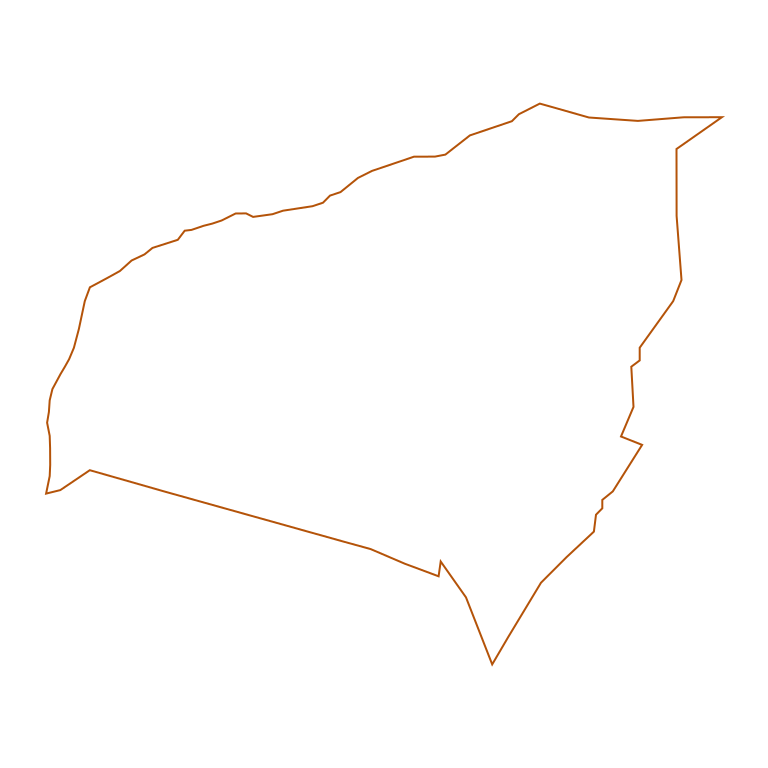 the district of Guaymallén, Mendoza, Argentina
{"feature_id": "61730980B57963533011884", "entity_name": "Guaymallén", "entity_type": "district", "adm_level": 2, "iso_a3": "ARG", "parent_name": "Argentina", "parent_adm1": "Mendoza", "projection": "albers", "projection_center": [-68.746, -32.899], "detail": "fine", "context": "isolated", "style": "outline", "palette": "amber", "viewbox_px": 768, "rotation_deg": 0, "n_neighbors": 0, "source": "geoboundaries", "source_scale": "gbopen_adm2", "svg_char_len": 1093}
<svg xmlns="http://www.w3.org/2000/svg" viewBox="0 0 768 768"><path d="M549.8,106.4L539.8,103.6L518.9,114.2L511.9,121.2L490.9,128.3L469.9,135.4L452.9,148.7L445.4,154.6L435.0,156.6L413.9,156.7L393.0,163.8L372.0,170.9L358.0,177.9L340.5,192.1L330.0,195.6L323.0,202.7L312.5,206.2L283.0,210.7L272.5,214.2L253.1,216.9L246.1,213.4L235.6,213.5L221.6,220.5L212.3,223.6L203.6,225.8L191.5,229.9L184.7,230.7L177.8,239.8L152.5,247.9L144.5,254.4L131.6,260.5L119.9,271.0L107.1,278.1L89.9,287.3L84.8,301.1L78.9,328.9L73.9,347.8L69.1,359.2L64.9,366.7L60.6,373.9L52.4,389.1L49.7,400.3L48.9,412.0L47.1,422.7L49.7,435.9L50.1,448.2L50.2,464.9L49.7,476.1L46.1,493.6L60.3,490.1L89.8,470.2L163.7,491.3L343.5,541.6L370.7,549.1L405.0,563.8L438.6,576.3L440.7,561.5L466.0,597.4L492.2,664.4L508.3,636.9L541.0,582.7L566.7,557.0L593.9,531.6L596.0,514.7L602.3,508.3L602.3,499.9L612.8,491.4L642.1,444.9L621.0,436.5L633.5,406.9L631.3,366.7L639.7,360.4L639.7,347.7L673.2,301.1L681.5,280.0L676.6,215.9L676.5,149.0L721.9,117.2L683.4,117.3L637.9,120.9L588.9,117.5L549.8,106.4Z" fill="none" stroke="#b45309" stroke-width="2"/></svg>